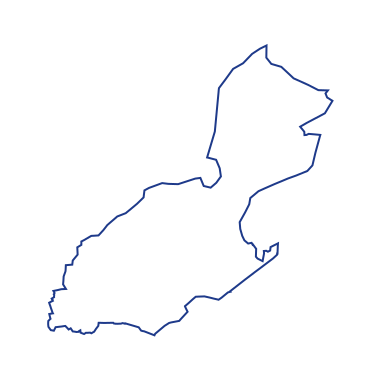 the district of Bopolu, Gbapolu, Liberia, rotated 7°
{"feature_id": "62588387B82153656109433", "entity_name": "Bopolu", "entity_type": "district", "adm_level": 2, "iso_a3": "LBR", "parent_name": "Liberia", "parent_adm1": "Gbapolu", "projection": "orthographic", "projection_center": [-10.518, 7.211], "detail": "fine", "context": "isolated", "style": "outline", "palette": "blue", "viewbox_px": 384, "rotation_deg": 7, "n_neighbors": 0, "source": "geoboundaries", "source_scale": "gbopen_adm2", "svg_char_len": 3227}
<svg xmlns="http://www.w3.org/2000/svg" viewBox="0 0 384 384"><g transform="rotate(7 192 192)"><path d="M248.1,37.5L242.0,41.5L234.9,47.5L227.0,58.0L217.8,64.8L211.5,76.2L206.1,85.6L206.1,87.7L206.2,90.1L207.3,129.2L202.8,155.9L203.9,156.0L212.0,157.1L213.9,160.4L216.6,165.1L218.8,173.1L218.3,173.9L215.0,179.9L210.0,185.4L207.3,185.1L202.9,184.6L198.6,177.0L193.6,178.3L177.3,185.9L167.6,186.8L161.3,186.8L148.8,193.2L144.6,196.2L144.6,198.7L144.6,203.3L138.8,210.5L138.4,210.9L137.2,212.2L128.8,221.1L120.8,225.4L112.0,235.1L108.7,240.6L108.3,241.2L108.2,241.3L104.5,246.5L98.7,247.6L97.4,247.8L90.7,252.9L88.2,254.6L88.4,256.1L88.6,258.0L84.9,260.9L85.9,266.8L86.1,268.1L82.0,274.5L82.0,278.7L75.7,280.0L76.0,284.0L76.1,285.9L76.0,286.6L74.9,291.4L75.2,296.2L75.3,299.4L75.8,300.0L78.7,303.6L74.1,304.4L71.2,305.5L66.5,307.1L67.2,308.0L67.9,309.0L67.5,310.0L67.3,310.3L67.8,310.9L67.8,312.1L67.8,312.3L67.8,312.9L67.9,313.2L66.3,314.5L65.7,314.9L66.5,316.1L66.8,316.2L66.7,316.5L67.1,317.0L66.5,317.4L65.7,317.9L63.7,319.3L64.6,321.2L65.1,322.1L66.0,324.1L66.9,325.9L68.4,329.0L68.7,329.4L67.3,329.8L65.2,330.5L66.2,333.2L66.8,334.7L67.0,335.1L66.7,335.4L65.2,337.4L65.1,337.5L65.1,337.9L65.2,339.4L65.3,340.4L65.5,341.5L65.9,343.2L66.0,343.4L68.0,345.6L68.7,346.3L71.8,346.5L73.1,342.8L79.3,341.3L79.6,341.2L81.0,340.8L81.3,340.7L82.6,340.4L85.2,342.5L86.3,343.5L87.4,342.7L88.2,342.1L89.0,343.0L90.6,344.9L92.7,344.9L93.9,345.0L94.6,345.0L95.4,344.8L96.5,344.6L96.8,343.8L98.0,342.9L98.6,345.2L100.1,345.6L102.2,346.1L102.7,345.7L103.8,344.7L105.9,344.4L108.1,344.0L109.0,344.4L109.3,344.5L109.8,344.2L110.2,343.8L110.3,343.7L111.8,342.7L112.4,341.6L113.3,339.7L114.0,338.5L115.3,336.3L115.3,333.2L115.9,333.1L120.6,332.7L129.7,331.4L130.4,332.0L131.6,332.0L131.8,332.1L133.9,331.9L137.6,331.3L139.0,330.6L139.3,330.6L141.5,330.9L141.7,330.5L155.6,332.8L158.3,335.7L158.5,335.8L159.2,335.9L159.5,336.0L161.5,336.1L172.2,338.8L172.3,338.4L172.4,338.0L172.8,337.1L181.1,328.2L183.9,325.9L185.2,324.8L187.2,324.0L195.0,321.5L195.1,321.4L196.1,319.9L196.3,319.6L202.2,311.4L200.9,309.4L200.6,309.0L198.9,306.3L198.9,306.2L199.2,305.9L201.5,303.4L202.9,301.8L203.5,301.1L205.8,298.4L208.1,295.9L208.5,295.5L211.4,295.0L217.1,294.1L223.1,294.7L226.1,295.1L230.9,295.6L231.5,295.7L234.2,293.3L239.9,287.3L242.1,286.4L241.7,286.1L243.3,284.5L255.4,272.4L263.1,264.9L263.9,264.1L268.2,260.0L280.5,248.1L284.0,244.0L284.0,243.4L284.0,243.2L284.2,243.3L284.4,243.1L283.7,234.5L283.6,232.5L276.7,237.1L276.7,240.6L274.6,242.0L272.9,241.3L270.5,241.8L271.0,244.2L270.5,252.0L265.2,250.1L263.3,248.4L262.6,240.6L258.7,236.5L258.5,236.8L257.3,235.2L254.0,236.3L249.9,233.6L247.2,229.4L245.8,226.1L244.4,222.8L243.0,216.1L247.2,205.8L247.3,205.5L249.7,198.9L250.3,197.2L250.4,195.2L250.6,190.9L257.9,183.1L263.5,179.7L273.1,174.0L277.7,171.4L278.8,170.8L285.6,166.9L293.5,162.9L295.1,162.0L303.9,157.1L304.2,156.7L308.3,150.9L309.7,138.1L312.2,120.9L312.4,119.7L305.7,119.9L300.7,120.1L298.7,121.4L296.7,121.8L296.1,118.5L291.4,114.0L297.5,109.4L314.3,97.7L320.3,84.4L314.6,81.7L312.5,77.9L314.5,74.6L305.0,75.5L294.1,71.5L279.0,66.8L265.4,56.9L255.1,55.2L249.4,49.6L248.1,37.5Z" fill="none" stroke="#1e3a8a" stroke-width="2"/></g></svg>